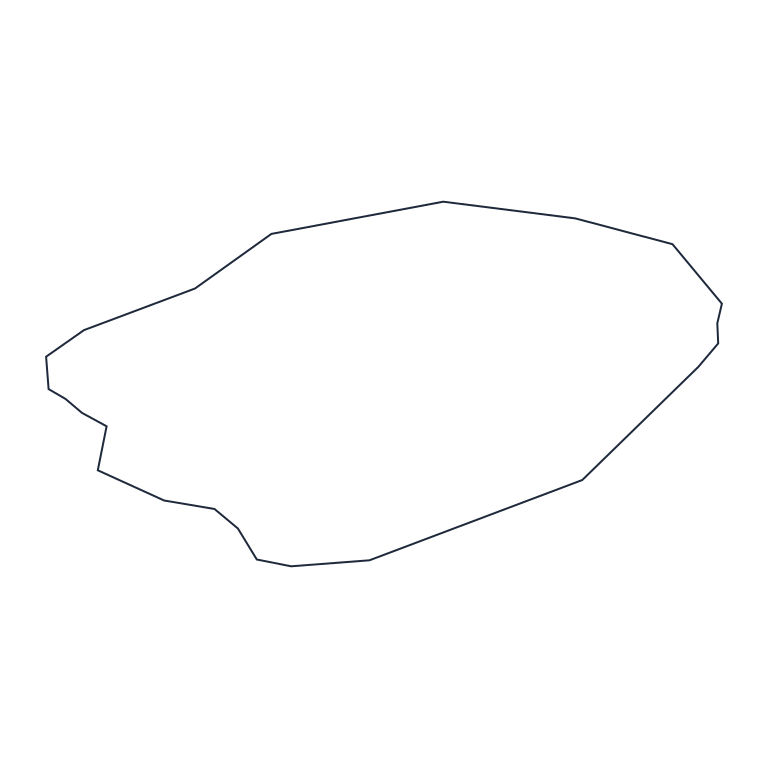 map outline of Moravce (Equal Earth projection)
{"feature_id": "SVN-972", "entity_name": "Moravce", "entity_type": "Municipality", "adm_level": 1, "iso_a3": "SVN", "parent_name": "Slovenia", "parent_adm1": "", "projection": "equal_earth", "projection_center": [14.749, 46.134], "detail": "fine", "context": "isolated", "style": "outline", "palette": "slate", "viewbox_px": 768, "rotation_deg": 0, "n_neighbors": 0, "source": "natural_earth", "source_scale": "10m", "svg_char_len": 409}
<svg xmlns="http://www.w3.org/2000/svg" viewBox="0 0 768 768"><path d="M698.4,366.8L582.3,480.0L369.4,560.3L291.1,566.3L256.8,559.5L237.9,528.5L214.5,509.0L164.1,500.5L97.8,470.3L106.6,426.3L82.0,412.9L65.6,399.0L48.6,389.1L46.1,356.7L84.0,330.1L195.0,288.5L271.4,233.9L443.2,201.7L575.3,218.4L672.5,244.2L721.9,303.7L717.3,323.3L718.2,343.4L698.4,366.8Z" fill="none" stroke="#1e293b" stroke-width="2"/></svg>